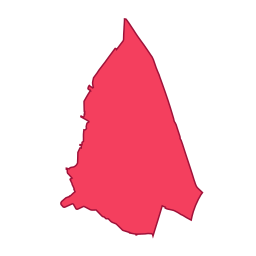 outline of Tan Binh, Hồ Chí Minh city, Vietnam, rotated 177°
{"feature_id": "81297802B72151759297882", "entity_name": "Tan Binh", "entity_type": "district", "adm_level": 2, "iso_a3": "VNM", "parent_name": "Vietnam", "parent_adm1": "Hồ Chí Minh city", "projection": "robinson", "projection_center": [106.659, 10.803], "detail": "fine", "context": "isolated", "style": "filled", "palette": "rose", "viewbox_px": 256, "rotation_deg": 177, "n_neighbors": 0, "source": "geoboundaries", "source_scale": "gbopen_adm2", "svg_char_len": 3259}
<svg xmlns="http://www.w3.org/2000/svg" viewBox="0 0 256 256"><g transform="rotate(177 128 128)"><path d="M69.7,32.7L68.6,36.8L67.1,41.3L64.7,47.0L61.5,53.1L59.6,56.1L59.1,57.0L57.0,59.6L61.1,63.9L61.8,64.7L62.3,65.4L62.9,66.5L63.6,68.5L64.9,73.1L66.2,78.3L70.3,93.5L72.5,101.6L74.5,109.2L75.6,112.9L76.5,114.6L76.5,116.1L76.6,116.8L79.1,126.1L79.7,128.4L79.9,129.1L80.2,129.6L80.5,130.4L80.9,131.1L81.5,132.2L82.0,135.1L83.3,140.5L84.9,146.9L86.1,151.4L86.3,152.3L88.9,161.5L91.4,170.0L93.6,177.2L94.2,179.5L95.5,183.0L96.4,185.7L96.7,186.5L97.8,190.4L99.1,194.9L100.0,197.1L100.2,197.6L101.5,199.7L104.5,204.7L107.8,210.1L110.1,213.6L112.4,217.2L113.3,218.6L113.8,219.4L115.7,222.6L117.4,225.6L119.3,228.8L121.6,232.7L123.5,235.7L124.4,236.9L125.8,237.1L125.9,235.3L126.4,230.6L126.5,230.0L126.8,226.8L127.4,221.6L127.5,220.2L127.8,216.5L128.0,215.9L128.3,215.3L128.4,215.1L130.4,212.8L134.4,208.0L135.4,207.0L135.5,207.5L135.9,207.9L136.1,208.0L136.3,208.1L136.7,208.1L143.7,199.6L146.6,196.0L147.3,195.1L149.3,192.8L154.0,187.3L155.8,184.8L159.8,179.9L160.3,178.0L160.4,177.8L161.0,175.2L161.0,173.7L160.6,170.7L160.5,170.4L161.1,169.9L163.4,171.5L164.4,172.5L165.0,171.9L165.4,171.1L165.8,170.1L165.9,169.5L165.8,169.1L164.8,168.2L164.1,167.8L163.6,167.7L163.4,166.9L163.8,166.9L164.0,166.7L165.8,164.2L167.6,161.5L170.5,157.0L170.6,155.2L170.8,148.5L170.8,146.7L170.4,146.7L170.6,143.9L171.0,144.0L171.1,142.6L171.6,141.4L171.8,141.3L172.0,141.1L174.2,142.4L174.5,141.7L172.5,140.4L169.0,138.2L168.3,137.7L167.9,137.4L166.8,136.6L166.9,136.0L167.1,135.8L167.7,135.5L168.4,135.2L168.8,134.6L169.0,134.1L169.7,131.5L169.6,130.5L169.4,130.0L169.9,129.2L170.9,128.4L171.5,128.3L172.1,128.5L172.2,127.8L172.4,127.1L172.5,126.2L172.7,124.8L172.8,124.0L172.9,122.4L173.0,119.8L173.1,118.5L173.2,116.9L173.7,116.6L174.4,116.3L174.6,116.1L174.7,115.1L174.8,113.8L176.8,113.9L176.9,113.4L176.5,113.3L175.5,113.1L175.7,110.5L176.3,110.6L177.0,110.6L179.3,106.3L179.8,100.0L180.2,95.6L181.5,93.7L182.7,92.7L184.3,91.9L186.3,91.7L187.5,91.5L188.2,91.1L188.9,90.3L191.7,91.1L191.8,90.1L191.4,89.9L190.8,89.4L190.9,88.6L190.9,87.2L190.8,86.5L190.6,85.9L189.8,85.0L187.7,82.4L186.8,81.3L186.5,80.9L188.3,80.1L188.5,79.9L188.0,79.0L188.2,78.8L186.8,75.5L186.7,74.4L185.8,72.4L184.9,69.9L185.2,69.6L184.2,67.1L185.9,65.9L188.5,63.7L189.7,62.9L189.8,63.1L190.9,62.3L191.6,62.2L192.8,61.8L193.7,61.5L195.0,60.5L196.8,59.1L198.2,58.0L199.0,56.6L198.8,55.0L196.8,52.5L195.8,52.2L194.8,52.4L187.9,55.1L187.3,55.2L186.8,54.9L186.4,54.5L185.6,52.9L184.2,50.1L183.7,49.7L183.2,49.6L182.5,49.6L176.8,51.9L176.4,52.0L175.9,51.9L174.1,50.9L170.3,48.6L169.2,48.1L168.0,47.9L164.5,47.8L164.0,47.7L163.2,46.7L158.6,41.4L157.8,40.8L156.8,40.5L156.2,40.2L155.9,39.8L155.3,39.2L155.1,38.8L154.9,38.7L154.3,38.5L153.7,38.5L152.9,38.5L152.4,38.4L150.0,35.6L148.8,34.7L145.1,33.0L144.3,32.3L138.8,26.3L138.3,26.0L131.7,23.5L131.8,23.1L127.8,22.1L125.5,21.6L125.6,20.9L125.0,20.8L124.9,21.5L116.5,21.4L113.5,21.6L109.8,21.2L109.0,20.3L108.7,18.9L106.8,24.1L103.0,34.4L97.9,48.5L94.8,46.9L95.0,46.1L93.3,45.2L91.6,44.7L90.8,44.5L86.9,43.4L85.7,42.8L82.5,40.9L79.4,38.7L78.1,38.1L74.0,35.3L73.9,35.3L73.8,35.2L70.7,33.3L69.7,32.7Z" fill="#f43f5e" stroke="#9f1239" stroke-width="1.5"/></g></svg>